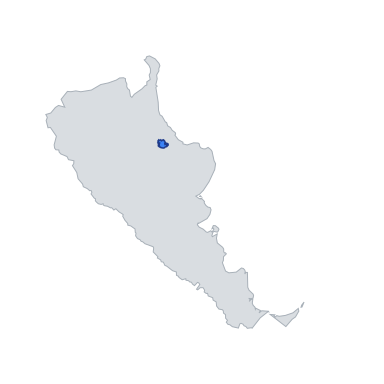 location of Victoria, Entre Ríos, Argentina, rotated 312°
{"feature_id": "61730980B18675393261940", "entity_name": "Victoria", "entity_type": "district", "adm_level": 2, "iso_a3": "ARG", "parent_name": "Argentina", "parent_adm1": "Entre Ríos", "projection": "albers", "projection_center": [-60.159, -32.751], "detail": "fine", "context": "in_parent", "style": "filled", "palette": "blue", "viewbox_px": 384, "rotation_deg": 312, "n_neighbors": 0, "source": "geoboundaries", "source_scale": "gbopen_adm2", "svg_char_len": 6278}
<svg xmlns="http://www.w3.org/2000/svg" viewBox="0 0 384 384"><g transform="rotate(312 192 192)"><path d="M230.2,112.6L227.9,116.5L228.3,119.1L226.2,125.4L226.7,126.6L224.9,129.6L225.5,132.8L224.6,135.9L224.9,139.9L224.2,141.0L222.8,141.3L221.7,146.8L222.9,152.0L221.7,153.0L223.7,156.9L229.6,160.3L232.5,163.8L232.6,165.2L231.0,167.3L230.7,169.1L231.6,171.5L233.0,173.1L235.9,174.1L236.1,177.5L235.6,179.7L230.1,187.3L228.8,190.6L223.8,193.9L211.0,197.8L201.0,199.3L195.3,199.1L191.5,197.6L191.9,201.9L193.8,203.2L192.8,203.2L193.6,204.0L193.3,207.6L192.1,208.3L191.3,211.3L191.4,213.9L192.6,215.9L191.5,218.1L187.3,220.3L182.3,221.0L172.9,217.9L173.2,217.4L172.7,217.2L171.2,217.9L170.7,220.9L171.9,225.3L171.8,229.3L172.4,230.6L175.8,231.9L175.6,233.5L176.8,233.6L179.1,233.1L179.4,231.9L178.1,231.4L181.3,230.3L182.6,231.9L182.8,235.9L182.3,237.0L179.8,237.8L179.1,237.7L177.5,234.9L176.3,234.4L172.8,236.0L172.4,237.0L177.7,238.8L174.0,241.1L171.1,244.9L171.4,251.8L170.8,253.7L168.8,255.6L168.5,256.9L169.2,257.6L169.0,258.9L165.0,258.7L162.3,261.0L159.8,261.9L155.7,269.8L156.6,273.5L162.1,278.5L168.6,279.6L169.5,281.3L169.3,283.4L168.6,284.7L166.4,286.1L168.4,285.9L169.3,287.0L158.5,297.2L157.2,300.1L157.0,305.8L156.2,307.1L153.9,308.4L152.3,307.3L150.9,305.3L151.1,307.0L149.0,307.8L151.6,307.7L152.9,309.0L149.6,311.3L148.7,313.3L148.5,315.9L147.3,317.5L148.3,317.1L149.7,322.1L147.0,322.7L150.4,323.3L154.6,328.7L154.3,329.2L154.2,328.6L144.2,326.9L131.0,327.8L131.0,327.1L127.7,324.3L128.1,322.0L127.4,320.2L127.9,318.4L127.2,316.3L126.0,315.8L121.9,317.5L118.9,312.1L118.7,309.0L117.7,307.2L118.2,304.6L120.4,304.2L120.7,301.4L123.3,299.0L123.1,296.4L124.6,294.8L124.9,293.5L123.0,290.3L123.7,286.6L126.5,283.5L125.8,280.0L127.3,278.1L125.6,273.6L127.1,271.4L126.1,270.4L125.9,267.9L127.5,267.1L128.3,264.3L126.3,262.1L123.1,261.7L122.8,260.4L128.5,259.7L129.0,257.7L128.5,256.6L124.1,256.5L123.9,253.9L124.6,252.0L123.6,250.4L123.8,248.8L122.4,246.6L123.4,245.4L120.2,243.4L119.8,239.4L120.3,238.3L119.7,236.2L122.1,233.9L120.5,230.2L120.0,222.8L119.3,220.9L120.7,217.7L119.6,215.8L120.6,214.1L119.8,210.4L121.1,210.0L121.5,203.3L124.7,201.0L125.3,199.7L122.1,191.7L122.0,188.5L121.3,187.2L121.8,185.3L120.9,182.7L121.7,179.4L124.0,177.9L124.1,176.8L126.4,174.4L125.8,169.1L124.4,166.5L125.6,165.3L126.1,161.2L127.6,156.8L129.2,155.9L128.4,151.0L128.6,146.6L126.3,146.0L126.6,142.8L125.7,142.1L124.9,138.8L123.2,136.1L123.0,134.7L123.8,133.8L122.0,132.8L120.6,130.3L120.6,127.8L120.8,126.1L122.4,124.7L122.0,123.5L123.0,118.3L124.8,117.8L125.6,116.0L124.5,115.1L124.5,112.0L123.2,107.7L124.7,105.4L125.6,98.5L129.4,93.3L131.6,85.5L133.9,85.2L136.2,83.3L133.4,78.6L134.7,75.4L132.5,69.0L132.8,66.5L134.1,64.9L132.3,62.6L132.7,60.5L134.8,58.0L142.7,53.9L145.2,43.6L143.4,42.0L147.5,35.8L150.6,34.6L151.8,31.5L156.2,34.2L163.4,33.9L167.0,34.9L169.9,40.7L173.3,32.7L183.4,32.1L185.5,34.9L189.4,38.0L192.1,42.3L200.4,49.0L210.8,52.3L217.2,56.9L224.6,60.9L228.3,61.9L231.1,64.7L231.7,66.7L230.0,68.3L228.7,71.3L226.7,72.9L225.8,74.9L225.9,77.3L222.0,82.2L222.1,84.0L226.0,83.7L235.2,85.8L239.7,86.0L241.2,86.9L243.7,84.7L247.6,85.7L250.3,81.9L252.9,81.2L255.8,78.6L257.3,75.3L258.2,68.1L259.7,68.7L262.4,67.8L264.7,69.4L266.3,75.6L265.5,81.4L264.3,83.7L261.4,84.8L259.8,86.4L255.3,87.4L252.8,90.4L247.2,93.5L247.4,95.3L245.6,95.1L236.1,106.8L230.2,112.6ZM154.8,351.8L153.3,332.0L156.1,335.7L154.9,335.6L154.7,337.5L156.8,337.7L158.0,340.0L162.8,344.0L169.8,347.9L176.6,348.9L174.9,351.1L168.4,352.5L164.4,351.6L154.8,351.8ZM179.3,350.1L181.3,349.2L185.2,348.9L180.1,350.7L179.3,350.1ZM194.9,200.8L194.8,201.7L193.4,200.3L194.9,200.8Z" fill="#d9dde1" stroke="#a8b0b8" stroke-width="1"/><path d="M203.7,136.8L203.7,137.1L203.7,137.6L203.8,137.9L203.9,138.2L204.2,138.4L204.2,138.5L204.1,138.8L204.1,139.1L204.2,139.3L204.3,139.4L204.5,139.5L204.6,139.8L204.6,140.0L204.8,140.4L205.0,140.5L205.3,140.9L205.5,141.2L205.6,141.4L205.8,141.5L206.0,141.6L206.2,141.8L206.5,142.0L206.7,141.9L207.0,141.9L207.3,142.0L207.5,142.0L207.8,142.2L207.8,142.3L207.8,142.6L207.9,142.4L208.0,142.4L208.2,142.5L208.3,142.6L208.5,142.6L208.5,142.4L208.8,142.3L209.0,142.5L209.4,142.5L209.2,142.5L209.2,142.4L209.4,142.4L209.5,142.5L209.5,142.8L209.8,142.7L210.1,142.5L210.1,142.4L210.2,142.5L210.2,142.8L210.3,142.9L210.5,142.9L210.5,142.7L210.4,142.6L210.4,142.3L210.5,142.3L210.7,142.7L210.8,142.8L211.0,142.8L211.2,142.6L211.3,142.5L211.4,142.4L211.2,142.3L211.2,142.2L211.4,141.8L211.5,141.8L211.6,141.6L211.6,141.4L211.4,141.4L211.3,141.1L211.2,140.9L211.1,141.0L210.9,141.0L210.9,140.9L210.7,140.8L210.7,140.6L210.5,140.4L210.3,140.4L210.3,140.5L210.2,140.5L210.2,140.3L210.1,140.2L210.0,140.3L209.9,140.2L209.8,140.3L209.6,140.3L209.4,140.2L209.5,140.1L209.9,140.1L209.9,139.9L209.7,139.9L209.5,139.6L209.7,139.4L209.8,139.4L209.9,139.2L210.0,139.2L210.3,139.2L210.3,139.3L210.5,139.4L210.8,139.4L210.9,139.5L211.0,139.5L211.0,139.4L211.0,139.2L210.9,139.2L210.8,138.9L210.9,138.7L211.0,138.5L211.0,138.4L211.2,138.2L211.3,138.1L211.4,137.9L211.4,137.7L211.6,137.4L211.5,137.2L211.5,136.9L211.6,136.7L211.4,136.6L211.4,136.4L211.5,136.4L211.5,136.2L211.6,135.9L211.6,135.7L211.4,135.6L211.2,135.6L210.9,135.5L210.8,135.4L210.7,135.4L210.4,135.4L210.2,135.3L209.9,135.2L209.7,135.1L209.8,135.0L209.7,134.7L209.9,134.4L209.5,134.0L209.4,134.1L209.5,133.9L209.4,133.9L209.3,133.7L209.0,133.3L208.9,133.3L208.8,133.2L208.7,133.1L208.6,132.9L208.4,132.8L208.1,132.9L208.2,132.7L208.3,132.4L207.4,132.5L207.3,132.8L207.2,132.9L207.1,133.0L206.9,133.2L206.7,133.1L206.2,133.2L206.2,133.3L206.1,133.5L206.1,133.8L206.2,134.0L206.3,134.1L206.4,134.4L206.4,134.5L206.2,134.6L205.9,134.6L206.0,134.7L205.9,134.7L206.0,134.8L205.9,134.8L205.9,135.0L205.7,135.1L205.8,135.2L205.7,135.2L205.7,135.3L205.8,135.3L205.7,135.3L205.8,135.3L205.7,135.4L205.8,135.5L205.7,135.6L205.4,135.7L205.5,135.5L205.4,135.5L205.3,135.4L205.2,135.4L205.2,135.5L205.3,135.4L205.3,135.5L205.4,135.8L205.2,135.9L204.9,136.0L205.0,136.0L204.9,136.1L205.0,136.1L205.0,136.3L204.9,136.4L204.8,136.5L204.7,136.6L204.5,136.4L204.5,136.5L204.4,136.5L204.3,136.4L204.3,136.5L204.3,136.4L204.2,136.5L204.1,136.8L204.0,137.0L204.0,136.9L203.9,136.9L203.7,136.8Z" fill="#3b82f6" stroke="#1e3a8a" stroke-width="1.5"/></g></svg>